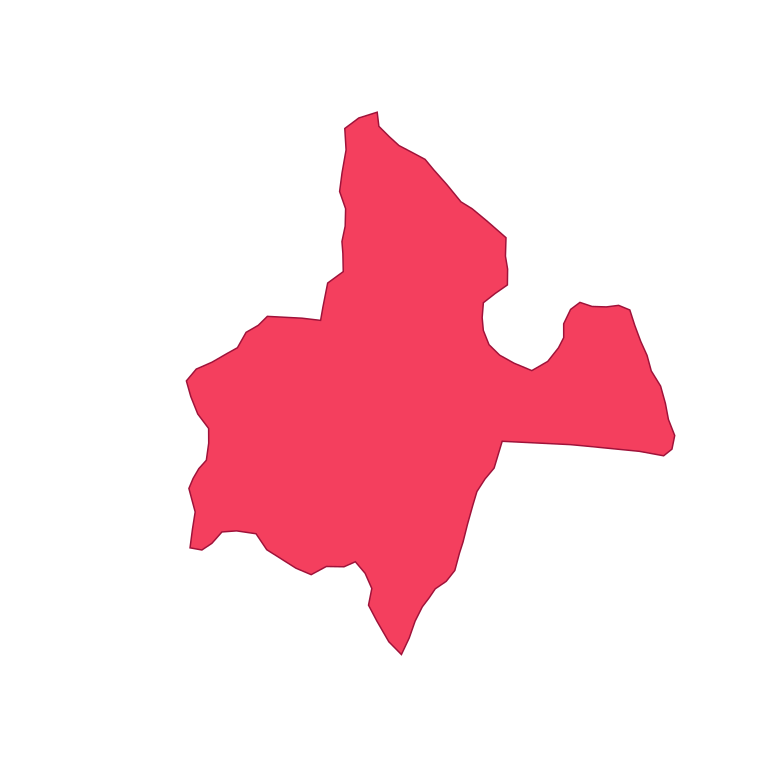 the district of Japeri, Rio de Janeiro, Brazil, rotated 150°
{"feature_id": "56859067B261437250670", "entity_name": "Japeri", "entity_type": "district", "adm_level": 2, "iso_a3": "BRA", "parent_name": "Brazil", "parent_adm1": "Rio de Janeiro", "projection": "natural_earth1", "projection_center": [-43.609, -22.666], "detail": "fine", "context": "isolated", "style": "filled", "palette": "rose", "viewbox_px": 768, "rotation_deg": 150, "n_neighbors": 0, "source": "geoboundaries", "source_scale": "gbopen_adm2", "svg_char_len": 1515}
<svg xmlns="http://www.w3.org/2000/svg" viewBox="0 0 768 768"><g transform="rotate(150 384 384)"><path d="M560.3,451.1L558.1,433.2L565.4,420.4L576.0,406.8L586.7,403.3L596.5,397.7L605.2,391.1L611.5,367.6L622.5,354.0L633.9,339.1L624.7,331.3L612.6,332.1L598.3,336.9L585.1,330.5L569.7,318.3L568.4,299.1L552.3,268.4L542.4,255.3L525.2,254.8L510.0,245.7L497.7,244.4L495.0,229.5L496.8,213.0L508.0,200.2L508.7,182.3L508.7,158.3L504.2,141.0L489.2,151.4L475.6,163.1L462.2,171.9L451.9,176.2L442.0,181.0L428.8,182.0L415.9,187.1L403.1,199.9L394.6,207.6L381.9,220.7L368.0,234.3L357.3,244.4L343.9,251.3L330.7,256.1L310.3,275.3L252.9,238.3L243.0,231.3L196.5,198.0L177.7,182.0L167.2,183.6L158.0,194.0L155.4,211.1L150.0,226.5L145.5,243.9L146.0,261.7L141.9,277.2L140.4,292.4L137.5,309.5L134.1,325.2L141.5,334.8L152.9,339.6L165.0,347.1L173.5,356.7L185.1,355.3L198.3,346.3L205.2,334.3L214.8,328.1L230.9,321.7L249.3,321.7L260.9,336.9L269.4,351.1L273.4,365.5L271.2,380.7L265.8,392.4L257.3,404.7L242.6,406.8L227.6,408.1L219.5,421.7L214.9,434.0L205.2,449.7L213.1,472.9L220.0,491.6L226.3,503.3L229.8,524.9L233.9,544.9L236.1,558.0L243.7,570.2L251.8,583.0L255.8,595.6L259.6,609.7L254.0,622.8L272.8,627.0L290.2,624.9L299.8,605.7L314.8,587.8L326.2,572.9L329.6,555.0L338.7,540.1L349.2,528.4L354.4,517.5L363.1,501.7L382.3,499.6L398.4,481.2L407.1,470.8L422.1,482.0L451.2,500.9L463.5,497.7L477.6,497.7L492.8,488.7L504.2,488.9L522.1,488.9L539.1,490.8L553.6,485.5L557.6,469.7L560.3,451.1Z" fill="#f43f5e" stroke="#9f1239" stroke-width="1.5"/></g></svg>